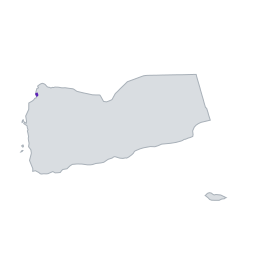 location of Shada'a, Sa`dah, Yemen, rotated 7°
{"feature_id": "15242507B23625419846835", "entity_name": "Shada'a", "entity_type": "district", "adm_level": 2, "iso_a3": "YEM", "parent_name": "Yemen", "parent_adm1": "Sa`dah", "projection": "mercator", "projection_center": [43.194, 16.887], "detail": "fine", "context": "in_parent", "style": "filled", "palette": "violet", "viewbox_px": 256, "rotation_deg": 7, "n_neighbors": 0, "source": "geoboundaries", "source_scale": "gbopen_adm2", "svg_char_len": 3071}
<svg xmlns="http://www.w3.org/2000/svg" viewBox="0 0 256 256"><g transform="rotate(7 128 128)"><path d="M208.7,110.2L199.8,113.5L197.4,115.0L195.3,116.8L193.7,119.0L192.5,123.0L193.4,126.6L193.3,128.5L191.0,129.8L188.9,130.7L186.5,132.1L185.0,132.5L183.8,133.6L182.4,134.4L177.5,136.4L172.0,138.0L163.4,139.9L160.0,141.9L157.0,143.3L152.4,143.7L146.0,145.7L142.5,147.2L138.1,149.7L137.2,150.5L136.4,152.4L135.1,154.0L132.4,156.6L130.4,158.0L129.1,158.0L126.6,158.8L123.5,158.9L118.4,158.0L117.1,158.6L116.0,159.7L112.1,161.5L108.1,165.0L105.2,166.0L100.5,167.1L97.2,168.6L94.9,169.2L92.1,169.5L86.8,169.4L81.8,169.9L77.1,170.9L74.9,172.8L72.4,175.9L68.4,177.1L67.4,178.2L66.2,180.4L63.5,181.0L61.1,181.4L58.7,180.4L54.1,183.1L52.4,183.5L49.7,183.7L47.9,184.2L46.5,184.1L44.8,183.0L41.3,181.7L38.7,182.6L38.5,180.0L34.2,172.2L35.1,165.4L35.1,164.5L34.2,161.4L31.6,158.7L31.7,155.2L30.8,152.6L30.2,150.0L30.4,149.4L30.4,148.7L29.1,144.7L28.7,143.9L28.5,143.1L28.9,142.4L28.9,141.7L28.2,140.5L27.5,138.1L24.0,136.3L24.7,134.6L25.4,135.2L26.3,135.7L26.5,134.6L26.5,133.8L25.0,128.6L27.2,121.6L26.5,115.3L29.8,112.8L30.6,112.0L31.1,111.4L31.9,109.9L33.0,109.5L33.3,108.0L33.3,107.2L32.6,106.6L32.1,104.8L32.3,102.6L32.5,101.6L32.8,99.9L34.0,99.3L34.2,98.8L33.3,97.7L33.4,97.1L35.4,95.3L36.2,94.7L37.5,94.1L38.4,94.2L39.6,94.5L40.6,95.0L41.6,95.9L42.7,96.9L44.3,97.3L45.4,97.2L46.3,97.7L47.0,97.5L47.9,96.9L49.3,96.9L50.5,96.3L54.0,96.0L57.4,96.2L61.0,95.7L64.5,95.8L68.1,95.8L68.9,95.9L69.7,96.2L72.7,97.8L75.0,98.1L79.5,98.6L84.4,99.0L88.7,99.4L92.3,99.1L95.3,98.7L96.1,98.8L97.0,99.8L98.8,102.3L100.5,104.6L103.4,104.7L105.3,103.8L107.4,102.6L108.7,101.7L110.2,97.9L111.2,95.4L113.4,92.7L115.2,90.3L117.6,87.3L119.0,85.6L121.7,82.2L124.2,80.9L129.1,78.4L133.9,75.9L137.1,74.3L139.7,73.6L144.2,72.9L149.5,72.2L154.7,71.4L160.3,70.6L166.6,69.7L170.9,69.1L176.3,68.4L180.9,67.7L184.9,67.1L189.1,66.5L189.8,68.4L190.6,70.3L191.4,72.2L192.2,74.0L193.0,75.9L193.8,77.8L194.6,79.6L195.3,81.5L196.1,83.3L196.9,85.2L197.7,87.1L198.5,88.9L199.3,90.8L200.0,92.6L200.8,94.5L201.6,96.3L202.4,98.2L203.6,98.8L204.4,100.5L205.5,102.9L206.5,105.4L207.6,107.8L208.7,110.2ZM220.7,183.7L221.8,183.9L223.4,183.3L228.2,183.2L233.9,185.2L232.9,185.7L232.2,186.5L229.7,187.1L227.2,188.7L219.9,189.5L217.8,189.0L216.0,187.5L212.8,185.6L214.1,184.3L214.3,183.8L214.8,183.2L216.6,182.3L218.5,182.4L220.7,183.7ZM26.3,159.4L26.0,159.8L25.7,159.7L24.6,158.7L25.8,157.6L26.5,158.7L26.3,159.4ZM22.8,135.0L22.2,135.4L22.1,134.7L22.4,133.1L23.0,132.6L23.4,133.8L23.1,134.5L22.8,135.0ZM25.7,164.3L24.6,164.8L25.4,163.4L26.2,163.1L26.4,163.1L25.7,164.3Z" fill="#d9dde1" stroke="#a8b0b8" stroke-width="1"/><path d="M33.5,104.7L33.4,104.8L33.2,104.9L33.1,105.0L32.9,105.1L32.7,105.1L32.5,105.3L32.6,105.7L32.6,105.8L32.7,106.0L32.8,106.0L33.0,106.1L33.1,106.4L33.2,106.5L33.4,106.6L33.5,106.6L33.8,106.6L34.0,106.7L34.0,106.9L34.2,106.7L34.0,106.3L34.1,106.1L34.1,105.9L34.1,105.7L33.9,105.5L33.8,105.4L33.7,105.4L33.7,105.1L33.6,104.8L33.5,104.7Z" fill="#8b5cf6" stroke="#5b21b6" stroke-width="1.5"/></g></svg>